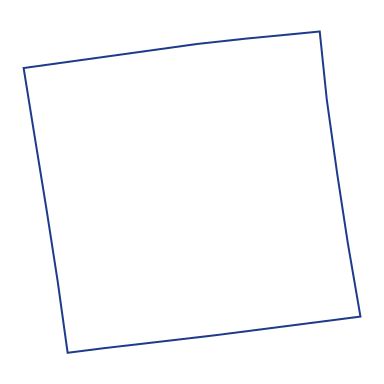 Livingston, Michigan, United States of America (Equal Earth projection), rotated 174°
{"feature_id": "52423323B39126215776989", "entity_name": "Livingston", "entity_type": "district", "adm_level": 2, "iso_a3": "USA", "parent_name": "United States of America", "parent_adm1": "Michigan", "projection": "equal_earth", "projection_center": [-83.94, 42.604], "detail": "fine", "context": "isolated", "style": "outline", "palette": "blue", "viewbox_px": 384, "rotation_deg": 174, "n_neighbors": 0, "source": "geoboundaries", "source_scale": "gbopen_adm2", "svg_char_len": 346}
<svg xmlns="http://www.w3.org/2000/svg" viewBox="0 0 384 384"><g transform="rotate(174 192 192)"><path d="M37.5,50.5L42.4,125.2L45.7,195.2L48.3,269.7L48.2,338.3L54.2,338.3L121.7,338.9L171.1,338.7L346.5,332.9L342.5,260.6L338.5,189.7L334.9,116.7L332.5,45.1L295.2,45.9L184.9,47.1L37.5,50.5Z" fill="none" stroke="#1e3a8a" stroke-width="2"/></g></svg>